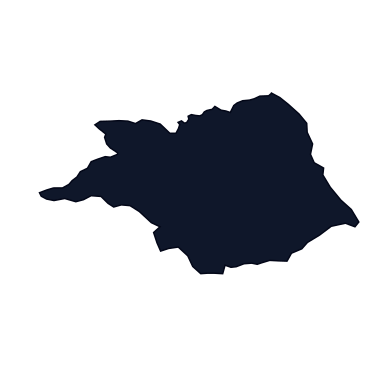 Akoursos, Paphos, Cyprus, rotated 65°
{"feature_id": "46923920B92480044659447", "entity_name": "Akoursos", "entity_type": "district", "adm_level": 2, "iso_a3": "CYP", "parent_name": "Cyprus", "parent_adm1": "Paphos", "projection": "orthographic", "projection_center": [32.419, 34.879], "detail": "fine", "context": "isolated", "style": "filled", "palette": "ink", "viewbox_px": 384, "rotation_deg": 65, "n_neighbors": 0, "source": "geoboundaries", "source_scale": "gbopen_adm2", "svg_char_len": 1570}
<svg xmlns="http://www.w3.org/2000/svg" viewBox="0 0 384 384"><g transform="rotate(65 192 192)"><path d="M128.2,330.5L132.1,330.4L136.9,326.8L141.4,320.7L144.1,310.1L151.7,301.4L153.1,293.6L152.7,285.0L157.6,276.3L166.8,272.9L172.5,269.3L173.8,261.5L178.2,253.9L187.4,248.0L202.6,241.8L210.0,235.7L212.5,243.9L223.4,245.2L232.3,245.4L233.3,237.0L236.1,227.7L248.1,222.8L259.8,222.8L269.7,218.6L272.0,212.6L274.8,206.5L279.0,198.7L272.3,193.0L276.7,188.5L278.4,183.5L279.0,175.2L281.7,168.0L285.1,163.4L285.6,158.8L286.8,150.5L291.4,141.8L294.8,135.1L289.5,127.7L289.9,116.5L286.5,108.7L284.9,94.3L281.9,80.3L285.1,66.2L292.4,59.0L289.7,53.5L275.2,55.0L262.3,60.5L246.1,64.7L231.8,66.2L225.9,62.6L217.1,68.9L207.9,68.7L199.4,62.4L186.6,62.4L178.2,59.0L166.6,62.0L153.2,67.7L143.5,72.5L135.9,78.2L136.2,78.5L137.2,81.9L133.8,90.0L133.8,96.2L133.0,101.1L130.7,107.5L130.4,113.5L131.3,117.6L136.1,123.7L132.9,127.1L130.1,131.1L124.1,135.1L125.6,138.8L125.1,140.8L124.4,144.2L124.6,147.0L126.3,149.9L126.3,152.8L124.2,156.3L121.6,159.9L121.7,163.5L124.7,164.1L126.8,167.5L126.5,169.7L123.1,171.5L123.0,175.2L125.7,174.6L128.9,177.6L132.0,181.7L129.4,187.3L124.4,189.2L117.0,192.1L110.2,199.4L105.5,206.8L106.1,214.3L100.7,220.1L96.5,228.0L93.2,236.2L89.2,245.4L90.1,251.6L95.5,249.4L103.1,245.6L105.5,248.1L112.4,249.0L117.6,247.4L125.0,242.9L126.4,243.5L126.0,251.3L123.3,255.7L122.4,263.6L121.9,270.5L126.3,276.7L126.4,284.6L129.8,290.0L131.0,295.7L133.1,300.3L133.6,307.6L129.8,315.9L128.8,322.7L128.2,330.5Z" fill="#0f172a" stroke="#020617" stroke-width="1.5"/></g></svg>